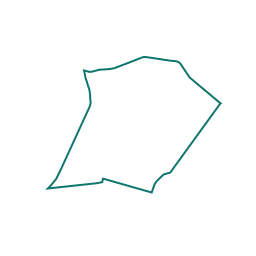 the border of Dayr Az Zawr, rotated 251°
{"feature_id": "SYR-142", "entity_name": "Dayr Az Zawr", "entity_type": "Province", "adm_level": 1, "iso_a3": "SYR", "parent_name": "Syria", "parent_adm1": "", "projection": "robinson", "projection_center": [40.418, 35.268], "detail": "fine", "context": "isolated", "style": "outline", "palette": "teal", "viewbox_px": 256, "rotation_deg": 251, "n_neighbors": 0, "source": "natural_earth", "source_scale": "10m", "svg_char_len": 780}
<svg xmlns="http://www.w3.org/2000/svg" viewBox="0 0 256 256"><g transform="rotate(251 128 128)"><path d="M196.7,105.2L193.6,109.8L193.0,112.2L192.4,120.0L189.7,129.9L189.0,134.7L189.1,136.6L189.5,149.7L190.1,163.7L190.0,165.8L189.4,167.8L178.0,189.7L175.6,195.0L174.1,197.1L172.1,198.4L155.7,202.7L145.9,208.6L138.6,213.0L131.2,217.5L123.8,221.9L121.2,223.5L121.2,223.4L83.6,169.8L72.7,154.3L72.4,153.9L72.1,153.1L72.1,152.3L72.5,147.7L72.5,146.9L72.3,146.2L68.1,137.3L66.0,134.7L59.3,129.4L87.6,88.8L88.2,87.8L87.7,87.5L85.7,86.3L85.3,86.1L85.3,85.2L86.0,80.3L92.6,51.4L96.9,32.5L98.4,35.7L103.3,43.6L111.6,51.9L161.3,99.3L163.4,100.5L164.6,101.1L168.7,102.0L171.1,102.8L176.2,103.9L189.2,104.2L196.7,105.2L196.7,105.2Z" fill="none" stroke="#0f766e" stroke-width="2"/></g></svg>